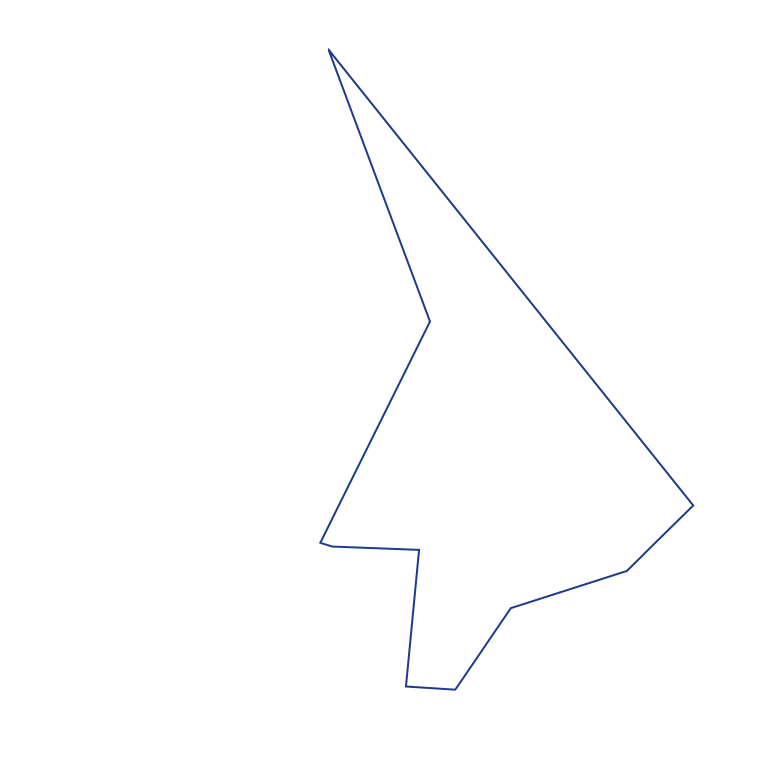 the district of Zemam Out, Al Iskandariyah, Egypt, rotated 142°
{"feature_id": "37247803B99104887182997", "entity_name": "Zemam Out", "entity_type": "district", "adm_level": 2, "iso_a3": "EGY", "parent_name": "Egypt", "parent_adm1": "Al Iskandariyah", "projection": "orthographic", "projection_center": [29.809, 30.516], "detail": "fine", "context": "isolated", "style": "outline", "palette": "blue", "viewbox_px": 768, "rotation_deg": 142, "n_neighbors": 0, "source": "geoboundaries", "source_scale": "gbopen_adm2", "svg_char_len": 506}
<svg xmlns="http://www.w3.org/2000/svg" viewBox="0 0 768 768"><g transform="rotate(142 384 384)"><path d="M516.2,99.4L514.6,99.7L472.9,113.0L464.3,115.8L422.0,129.3L421.9,129.3L421.5,129.1L308.6,87.5L308.2,87.1L286.7,89.6L283.9,90.0L215.1,97.9L221.8,676.0L221.8,677.7L221.8,680.9L222.2,680.5L255.8,574.3L309.3,404.9L499.9,313.5L531.4,298.3L531.9,298.1L531.4,297.2L524.9,287.8L508.1,273.6L458.5,231.7L551.6,133.5L552.9,132.1L551.6,130.9L516.2,99.4Z" fill="none" stroke="#1e3a8a" stroke-width="2"/></g></svg>